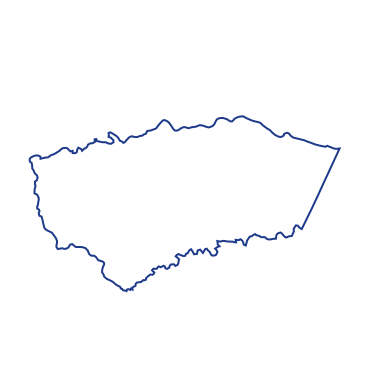 Caseara, Tocantins, Brazil, rotated 75°
{"feature_id": "56859067B59915078137369", "entity_name": "Caseara", "entity_type": "district", "adm_level": 2, "iso_a3": "BRA", "parent_name": "Brazil", "parent_adm1": "Tocantins", "projection": "orthographic", "projection_center": [-49.844, -9.372], "detail": "fine", "context": "isolated", "style": "outline", "palette": "blue", "viewbox_px": 384, "rotation_deg": 75, "n_neighbors": 0, "source": "geoboundaries", "source_scale": "gbopen_adm2", "svg_char_len": 4319}
<svg xmlns="http://www.w3.org/2000/svg" viewBox="0 0 384 384"><g transform="rotate(75 192 192)"><path d="M182.4,49.3L182.8,51.6L180.1,56.9L178.2,60.3L173.3,67.2L171.0,70.3L165.8,79.8L164.4,81.2L162.8,82.3L160.8,83.1L159.5,84.6L159.5,86.5L159.8,88.0L161.1,88.7L161.8,90.4L161.7,92.6L160.6,94.6L158.3,97.0L154.6,99.6L152.3,100.7L150.8,102.4L146.1,106.2L143.2,107.9L141.9,109.4L140.0,113.1L138.2,116.0L136.2,118.5L135.1,119.9L132.2,122.9L131.5,126.3L131.6,128.8L132.3,132.1L133.5,133.6L134.2,135.1L133.6,136.8L132.2,138.1L130.9,139.3L130.0,140.5L128.8,142.4L128.1,144.4L127.8,147.0L128.2,148.8L129.0,150.0L132.2,152.8L133.4,154.6L133.8,156.1L134.0,159.1L132.4,161.9L130.7,164.2L129.4,167.4L129.9,171.1L129.4,175.6L129.5,179.0L127.9,181.2L127.2,183.2L127.3,184.7L127.8,186.8L128.6,188.9L128.8,191.0L128.1,192.7L126.4,193.7L120.1,195.8L118.1,196.9L116.7,198.1L115.3,200.2L115.4,201.7L116.6,203.8L118.9,207.2L121.3,210.2L121.9,215.7L121.5,219.5L123.9,221.6L123.9,223.5L124.7,225.4L124.4,228.1L124.8,230.6L124.1,233.1L122.6,235.7L122.6,237.3L123.2,239.0L125.2,242.3L126.4,243.8L126.8,245.6L125.1,246.5L124.1,248.2L120.7,249.2L118.2,250.6L115.1,253.5L113.2,255.5L113.4,257.3L115.2,257.5L117.2,258.3L118.6,256.2L120.1,255.5L121.7,254.5L123.6,254.9L124.5,257.7L123.3,260.6L121.7,262.2L121.2,264.2L120.5,266.2L118.2,270.6L116.0,270.8L116.0,272.5L118.4,272.7L119.2,275.3L118.7,277.5L119.3,280.1L121.3,281.8L122.1,283.5L122.3,284.9L123.0,286.2L123.7,287.5L122.0,287.8L119.8,290.3L120.9,291.6L122.2,292.2L123.7,293.0L124.3,294.9L123.5,297.2L121.4,296.6L121.3,299.0L117.7,301.0L116.8,302.2L116.2,305.4L117.1,308.1L118.0,309.4L119.3,313.8L119.8,316.1L119.9,318.4L121.2,322.0L120.7,326.3L120.7,329.7L118.6,329.3L117.4,330.4L116.4,332.8L116.2,334.9L117.1,339.2L118.7,340.5L120.8,340.7L122.6,339.3L125.3,339.6L127.9,340.2L130.0,339.5L132.9,339.1L134.3,338.4L135.8,337.5L137.8,337.3L140.4,338.8L141.4,341.0L143.7,341.6L145.1,341.5L146.7,342.1L148.6,343.3L150.3,343.8L152.4,344.5L154.7,342.2L157.9,341.6L159.8,342.0L162.6,343.4L164.7,344.2L165.9,345.3L167.9,345.8L169.2,344.5L171.0,344.2L172.6,345.5L175.4,345.6L176.8,343.7L179.5,343.6L183.1,343.8L184.9,343.8L188.3,343.9L190.0,343.1L191.3,342.1L195.1,337.8L201.4,335.4L204.4,335.1L205.9,335.5L208.0,336.5L209.9,337.2L212.4,336.4L212.7,332.0L213.9,330.1L214.2,328.2L213.7,326.0L211.3,323.3L211.3,321.2L213.8,319.5L215.0,318.5L216.7,312.6L218.6,309.4L221.8,307.8L225.0,307.5L227.3,306.0L228.4,302.8L230.0,301.6L233.8,300.1L234.7,298.4L235.9,296.5L237.5,295.3L239.2,295.6L240.9,297.1L242.7,298.3L246.2,299.7L248.7,298.8L251.0,298.7L253.9,296.8L256.3,293.8L258.2,291.8L260.6,290.2L262.5,288.8L265.0,285.9L266.8,285.8L267.5,284.5L268.9,284.2L269.9,282.2L270.8,280.9L269.3,279.8L269.5,278.3L270.6,276.9L269.5,276.0L270.8,274.7L268.9,274.4L268.3,272.5L268.1,270.9L266.1,270.2L265.2,268.6L265.7,264.4L264.5,261.9L265.0,260.6L264.7,259.2L263.3,258.6L262.1,256.5L261.5,255.0L260.9,253.6L261.7,251.8L261.3,250.3L260.0,249.2L258.7,250.1L257.3,250.9L256.1,249.2L256.7,247.4L257.0,245.8L255.8,244.6L255.3,243.2L256.6,241.7L255.9,238.6L257.0,237.5L258.6,237.5L259.8,236.1L259.2,233.6L257.5,232.6L256.5,231.0L257.2,228.1L259.1,227.2L258.7,224.9L257.3,223.6L255.3,222.8L253.7,221.9L251.6,223.1L249.9,224.4L249.0,223.1L248.4,221.2L249.9,219.4L251.8,216.6L251.8,215.0L250.1,213.8L249.9,211.7L248.2,210.4L247.4,209.1L247.1,207.6L250.5,206.6L252.7,206.1L253.1,203.3L249.9,201.6L249.8,199.0L253.7,197.2L250.5,193.9L250.6,192.4L252.7,191.6L254.3,190.5L256.5,190.0L258.3,189.4L259.2,187.0L258.9,185.0L256.6,183.0L255.1,183.1L252.7,184.3L251.6,181.3L251.6,179.5L249.3,180.7L245.9,180.2L247.2,177.6L247.2,175.7L247.5,173.8L249.2,170.0L249.6,168.5L250.6,165.3L251.6,163.8L252.0,162.4L249.5,162.2L250.6,159.3L250.1,157.5L251.8,156.1L253.7,155.6L256.2,155.6L257.6,153.9L253.0,151.2L250.1,147.9L250.1,145.5L249.3,143.7L249.1,141.7L250.4,141.0L251.9,138.2L253.4,137.2L254.5,133.3L256.8,131.7L257.7,130.2L258.1,128.5L258.2,126.1L258.8,123.0L256.2,122.0L255.1,121.2L254.2,119.8L254.0,117.1L255.0,116.1L259.2,114.1L260.4,112.6L259.9,110.2L260.3,106.9L259.0,105.9L256.3,103.7L254.0,103.4L251.2,100.4L251.8,98.6L254.2,97.5L256.2,95.6L238.9,80.5L231.4,74.2L228.6,71.8L223.0,67.2L213.0,58.9L211.5,57.6L188.2,38.2L187.7,41.4L186.4,44.3L185.1,45.7L183.7,47.8L182.4,49.3Z" fill="none" stroke="#1e3a8a" stroke-width="2"/></g></svg>